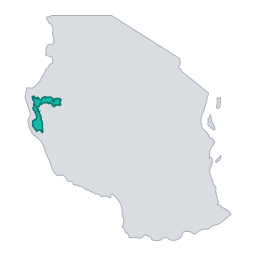 Uvinza, Kigoma, United Republic of Tanzania shown in context
{"feature_id": "72390352B15676475935925", "entity_name": "Uvinza", "entity_type": "district", "adm_level": 2, "iso_a3": "TZA", "parent_name": "United Republic of Tanzania", "parent_adm1": "Kigoma", "projection": "robinson", "projection_center": [30.139, -5.704], "detail": "fine", "context": "in_parent", "style": "filled", "palette": "teal", "viewbox_px": 256, "rotation_deg": 0, "n_neighbors": 0, "source": "geoboundaries", "source_scale": "gbopen_adm2", "svg_char_len": 8120}
<svg xmlns="http://www.w3.org/2000/svg" viewBox="0 0 256 256"><path d="M91.6,192.1L88.6,190.3L85.9,189.2L83.6,188.0L82.6,186.9L80.5,186.4L78.7,186.2L77.0,185.1L73.6,184.7L73.2,184.0L73.1,182.4L72.5,181.9L71.3,181.5L69.9,181.5L69.1,181.8L68.6,181.6L67.5,180.7L66.4,179.5L66.0,177.5L64.5,176.3L62.6,175.3L57.6,175.4L56.8,175.1L55.6,174.1L54.2,172.5L53.0,170.7L52.0,168.1L51.0,164.7L45.2,151.2L44.6,148.7L43.5,145.8L41.6,142.3L39.6,139.8L36.9,137.4L33.9,135.1L32.3,133.5L29.1,127.1L28.5,124.1L28.0,121.1L28.2,119.8L30.2,115.8L30.4,114.7L30.1,113.2L29.2,110.0L27.9,106.2L25.5,99.2L25.1,97.4L25.2,96.1L26.6,88.9L26.6,87.9L32.4,88.1L36.7,85.0L40.4,80.3L41.1,78.4L42.6,75.4L44.1,73.9L44.7,72.8L45.5,69.9L47.5,67.8L49.4,66.3L49.0,65.2L49.3,64.8L50.3,64.0L52.3,63.3L52.7,61.7L52.7,59.9L52.4,58.9L52.4,57.8L52.1,57.2L50.8,57.0L48.9,56.1L47.2,55.8L46.1,55.2L45.7,54.9L45.5,53.8L46.4,51.1L45.5,50.0L47.5,45.4L47.9,44.9L48.7,44.8L49.8,44.3L50.9,44.1L51.8,44.3L52.4,44.1L53.0,43.6L53.5,42.1L53.9,39.5L53.7,37.4L52.8,35.8L52.6,33.3L53.0,30.0L52.7,27.3L51.8,25.1L50.8,23.8L49.4,23.2L47.1,19.8L46.4,18.2L46.5,17.2L47.3,16.8L48.8,16.9L50.1,16.5L51.4,15.6L52.7,15.4L53.3,15.5L111.5,15.5L179.4,58.4L179.7,59.0L180.2,62.7L180.1,63.9L179.1,66.0L178.7,67.2L178.7,67.9L179.0,68.2L179.9,68.4L180.6,68.9L180.9,69.3L181.5,70.9L182.2,71.7L208.0,92.7L208.6,93.1L208.2,94.8L206.8,99.1L206.7,100.9L206.1,103.0L205.5,104.4L204.0,110.4L202.8,112.7L201.0,118.0L200.7,122.0L201.7,124.8L202.0,127.5L204.0,130.1L205.6,131.0L206.6,132.2L208.5,134.9L209.6,137.7L213.0,139.0L214.4,142.0L213.9,144.1L212.3,145.9L210.8,148.7L209.5,152.4L209.5,158.1L210.3,157.2L212.1,158.6L212.3,162.8L210.4,167.7L209.8,169.9L209.7,171.9L211.1,177.7L213.1,180.7L212.9,181.6L212.4,182.4L215.9,187.6L215.6,192.2L216.9,195.7L217.4,198.8L218.3,201.2L218.4,202.8L217.3,204.6L219.9,205.0L221.4,206.5L222.1,207.9L223.9,207.9L224.9,208.8L226.4,209.6L229.5,212.0L230.4,213.2L230.9,214.3L222.0,221.8L218.9,223.8L216.6,224.6L214.2,225.1L211.9,226.3L209.7,228.2L206.9,229.1L203.5,229.1L199.9,230.4L194.3,234.3L191.1,232.1L188.5,231.4L185.6,231.5L183.8,231.8L183.1,232.2L182.6,233.6L182.1,235.7L180.1,237.8L176.8,239.8L173.6,240.5L170.8,240.0L168.9,239.2L167.9,238.0L166.4,237.5L164.4,237.6L162.5,238.4L160.7,240.0L157.9,240.6L154.0,240.4L151.8,239.7L151.6,238.4L149.9,236.9L146.7,235.1L144.4,235.1L142.9,236.8L141.5,237.8L140.3,238.2L139.2,238.3L137.6,237.8L133.3,237.7L129.1,237.7L128.7,235.3L127.9,233.9L127.2,233.0L125.7,232.8L125.3,232.1L124.9,230.6L124.2,229.3L123.3,228.3L122.7,227.3L122.5,226.4L122.7,225.4L123.5,222.9L123.8,221.2L123.7,219.5L123.3,217.7L122.3,215.6L122.4,215.0L122.1,213.6L122.1,212.6L122.3,211.3L122.1,209.6L121.2,206.1L121.2,205.2L120.4,203.5L117.6,199.5L117.5,198.9L113.2,194.9L111.5,194.0L110.9,194.7L110.7,195.4L110.8,196.7L110.7,197.4L110.5,197.7L109.5,197.6L108.9,197.5L107.3,196.4L106.0,196.1L102.9,196.3L101.7,196.6L100.9,196.3L99.2,194.5L97.3,194.1L95.5,194.0L92.6,191.9L91.6,192.1ZM213.5,124.2L214.9,128.7L214.7,129.5L213.7,130.0L213.2,130.1L212.6,129.3L212.2,127.8L211.4,128.2L210.1,126.4L208.8,126.3L207.7,124.2L208.2,122.3L207.9,119.1L209.3,117.4L210.1,114.7L211.0,116.6L211.2,119.5L212.4,123.0L213.5,124.2ZM220.5,97.5L220.6,98.6L220.3,99.6L220.4,102.8L220.3,104.9L219.2,107.8L218.3,108.8L217.5,108.5L216.9,108.1L216.4,107.3L217.5,101.9L217.0,98.0L218.9,98.4L220.5,97.5ZM217.3,162.1L216.3,162.4L215.9,162.1L215.3,161.2L216.4,160.5L217.4,159.0L219.8,156.9L221.0,155.2L220.8,156.8L219.4,160.5L218.3,160.7L217.3,162.1Z" fill="#d9dde1" stroke="#a8b0b8" stroke-width="1"/><path d="M59.6,105.4L59.5,104.9L60.1,104.9L60.3,104.6L60.5,104.6L60.4,104.4L60.2,104.2L59.9,104.0L59.9,103.5L60.3,103.2L60.2,102.9L60.0,102.7L60.1,102.2L60.1,101.8L60.6,100.9L60.8,100.7L60.8,100.2L61.0,99.8L61.0,99.6L60.8,99.5L60.5,99.4L60.1,99.1L60.0,98.9L59.9,98.8L59.7,98.8L59.5,98.7L59.3,98.9L59.0,99.0L58.8,99.2L58.7,99.0L58.2,98.8L58.0,98.3L57.8,98.4L57.8,98.5L57.7,98.5L57.7,98.3L57.4,98.3L56.7,98.6L56.1,98.7L56.0,98.8L55.8,98.8L55.7,98.9L55.4,98.9L55.3,98.7L55.2,98.7L54.9,98.6L54.7,98.7L54.5,99.0L54.4,99.2L54.5,99.4L54.4,99.5L54.3,99.9L54.3,100.2L54.2,100.5L54.4,101.0L54.0,101.4L53.5,101.5L53.0,101.5L52.9,101.4L53.1,100.9L53.0,99.7L52.8,98.6L52.1,97.9L51.7,97.6L51.4,97.4L50.7,97.2L49.8,97.1L49.2,97.2L48.1,97.1L47.6,97.3L47.2,97.3L46.5,97.8L46.1,97.9L45.7,97.5L45.5,97.3L45.6,96.9L45.5,96.6L44.7,96.8L44.5,97.0L43.8,97.2L43.2,97.7L42.4,97.7L41.6,99.4L41.1,100.0L41.0,100.6L40.9,100.6L40.7,100.2L40.4,100.0L39.9,99.3L39.6,99.2L38.5,98.0L38.3,97.7L38.1,97.5L37.9,97.4L37.4,97.4L37.3,97.6L37.1,97.8L37.3,97.9L37.4,98.2L37.4,98.5L36.6,98.5L36.6,98.4L36.2,98.3L35.8,98.1L35.7,97.8L35.4,97.4L34.7,97.2L34.5,97.3L34.6,97.5L34.5,97.8L34.4,97.9L33.9,97.6L33.7,97.1L33.9,96.7L33.8,96.4L33.9,96.2L33.7,96.2L33.7,96.3L33.3,96.6L33.2,96.5L33.1,96.4L32.8,96.4L32.9,96.7L32.3,96.9L32.1,97.1L32.2,97.3L32.4,97.4L32.6,97.8L32.7,98.8L33.0,98.9L33.0,99.1L33.4,99.4L33.3,99.8L33.5,99.7L33.6,99.8L33.6,100.1L33.4,100.3L33.5,100.6L33.8,100.9L34.0,101.2L34.2,101.8L34.2,102.0L34.4,102.2L34.4,102.6L34.4,103.2L34.3,103.4L34.2,103.7L34.3,103.8L34.3,104.0L34.2,104.1L34.3,104.2L34.2,104.2L34.3,104.2L34.2,104.2L34.3,104.3L34.1,104.4L34.2,104.5L34.1,104.4L34.2,104.7L34.1,105.2L34.0,105.3L33.7,105.2L33.7,105.3L33.8,105.4L33.9,105.5L33.7,105.6L33.8,106.2L33.8,106.5L33.4,107.1L33.4,107.4L33.3,107.5L33.3,107.8L33.2,107.8L33.0,108.0L32.9,108.2L33.0,108.3L33.0,108.6L33.1,109.0L33.3,109.5L33.6,109.8L33.8,110.2L34.1,110.5L34.3,110.7L34.4,110.9L34.7,111.1L34.7,111.4L35.0,112.1L35.2,112.5L35.3,112.5L35.2,112.7L35.2,112.8L35.5,113.2L35.5,113.3L35.6,113.5L35.8,114.1L36.1,115.0L36.5,115.4L36.7,116.2L36.8,117.5L36.7,118.4L36.7,118.7L36.6,118.8L36.5,118.7L36.1,119.1L35.9,119.1L35.6,119.4L35.4,119.5L35.1,119.7L34.9,120.1L34.7,120.0L34.6,120.3L34.4,120.5L34.1,120.5L34.0,120.4L33.9,120.4L34.0,120.3L34.1,120.5L34.0,120.3L33.8,120.3L33.4,120.6L33.2,120.7L33.1,120.8L32.9,120.8L32.9,121.2L32.7,121.3L32.7,122.0L32.6,122.4L32.7,122.5L32.7,122.8L32.6,123.0L32.7,123.5L32.7,123.8L32.8,124.0L32.8,124.4L32.9,124.7L32.7,125.0L32.5,125.5L32.8,125.6L32.7,125.8L32.9,126.2L33.0,126.2L33.2,126.4L33.8,127.3L34.3,128.1L34.5,128.4L34.6,128.5L34.9,129.0L35.2,129.3L35.4,129.5L35.5,129.5L35.7,129.8L35.8,129.8L36.0,129.9L36.2,130.2L36.6,130.3L36.8,130.5L36.8,130.8L36.7,131.1L37.7,130.6L38.7,130.2L39.5,130.0L40.3,129.9L41.0,131.0L42.0,132.2L42.1,132.5L42.3,132.5L42.4,132.4L42.4,132.1L42.5,132.0L42.7,131.9L42.6,131.7L42.8,131.5L42.8,131.4L42.9,131.0L42.9,130.8L42.7,130.7L42.6,130.3L42.6,129.9L42.4,129.2L42.5,127.9L42.4,127.0L42.4,125.4L42.3,124.8L42.4,124.1L42.4,123.2L42.3,122.7L41.9,121.5L41.6,120.6L41.6,120.4L41.1,119.7L41.2,119.0L41.2,118.6L41.0,117.8L41.0,117.2L41.1,116.9L40.9,116.6L41.0,116.4L40.9,116.3L40.6,115.9L40.3,115.8L40.5,115.5L40.4,114.9L40.1,114.6L40.1,114.4L39.3,113.5L39.2,113.0L39.3,112.7L39.2,112.2L39.3,112.0L39.1,111.9L39.2,111.7L39.0,111.8L39.1,111.7L38.9,111.6L38.8,111.8L38.7,111.7L38.4,111.6L38.1,111.6L38.1,111.3L38.3,111.0L38.3,110.9L38.2,110.9L38.0,111.1L37.9,111.2L38.0,110.9L38.1,110.7L37.9,110.7L37.7,110.7L38.4,110.0L38.5,109.7L38.4,109.6L38.5,109.1L37.9,108.8L37.5,108.7L37.1,108.4L36.8,108.0L36.4,107.2L36.1,106.8L35.9,106.4L37.4,106.8L38.7,106.7L39.1,106.5L39.5,105.8L39.4,105.5L39.5,104.8L39.6,103.5L39.8,103.4L40.4,103.5L40.7,103.4L40.8,104.0L40.7,104.2L40.8,104.4L41.0,104.5L41.8,104.2L42.1,103.2L42.3,103.3L43.4,102.9L44.2,102.9L45.9,102.6L46.2,102.6L46.4,102.7L46.5,102.7L46.9,102.6L47.6,102.6L47.9,102.5L48.0,102.6L47.9,103.1L48.0,103.3L48.9,103.7L49.0,103.6L49.1,103.2L49.4,103.0L49.7,103.0L49.8,103.0L49.9,102.7L50.1,102.4L50.5,102.3L50.7,102.5L50.9,103.2L51.0,103.3L51.2,103.7L51.4,103.8L51.4,104.0L51.5,104.1L51.8,104.3L51.9,104.6L52.1,104.6L52.3,104.9L52.5,104.9L52.6,105.0L52.7,104.9L52.7,105.0L52.9,105.0L53.1,105.2L53.0,105.5L53.1,106.2L53.1,106.3L53.3,106.3L53.6,106.2L53.7,106.3L53.7,106.1L53.9,106.0L54.5,106.1L54.6,105.7L55.7,105.6L55.8,105.4L56.0,105.3L56.2,105.0L56.4,105.0L56.6,104.9L56.9,104.9L56.7,104.8L56.5,104.7L57.0,104.6L57.0,104.8L57.4,104.8L58.0,105.0L58.6,105.2L58.7,105.3L59.6,105.4Z" fill="#14b8a6" stroke="#0f766e" stroke-width="1.5"/></svg>